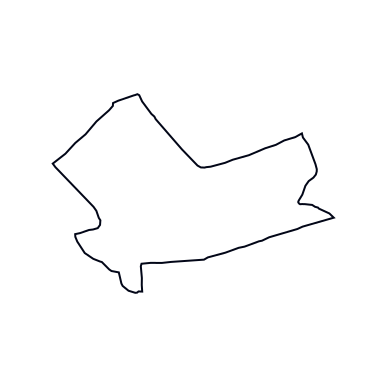 San José Acatempa, Jutiapa, Guatemala, rotated 313°
{"feature_id": "79465075B89624307194233", "entity_name": "San José Acatempa", "entity_type": "district", "adm_level": 2, "iso_a3": "GTM", "parent_name": "Guatemala", "parent_adm1": "Jutiapa", "projection": "robinson", "projection_center": [-90.143, 14.268], "detail": "fine", "context": "isolated", "style": "outline", "palette": "ink", "viewbox_px": 384, "rotation_deg": 313, "n_neighbors": 0, "source": "geoboundaries", "source_scale": "gbopen_adm2", "svg_char_len": 1339}
<svg xmlns="http://www.w3.org/2000/svg" viewBox="0 0 384 384"><g transform="rotate(313 192 192)"><path d="M81.5,135.3L79.6,137.3L77.5,141.9L74.2,155.2L75.8,165.4L78.5,172.3L79.3,173.8L78.9,184.3L79.3,187.0L83.3,193.3L76.9,202.8L76.0,205.4L76.5,212.9L79.6,219.3L81.0,220.5L82.8,220.7L85.2,223.5L89.7,218.7L94.9,214.0L102.8,205.2L105.1,204.0L112.1,210.2L119.4,218.2L126.5,224.3L150.7,246.9L155.0,248.2L170.4,257.8L183.0,264.2L187.9,267.7L201.6,274.6L204.1,276.4L211.5,279.3L236.8,294.3L242.1,296.5L269.9,313.2L270.0,307.1L266.4,296.2L266.5,294.7L265.1,292.1L264.5,288.7L260.0,282.7L258.1,280.6L256.8,279.4L256.6,278.5L256.7,277.5L257.1,276.5L258.5,275.9L265.3,274.5L273.9,270.7L279.6,269.9L285.3,271.0L289.2,270.7L292.1,269.2L293.8,267.7L296.5,263.4L305.9,244.7L307.5,236.0L309.8,232.4L302.6,230.1L292.6,224.3L283.7,221.2L273.9,215.7L257.7,208.5L243.4,199.8L235.9,196.3L223.6,188.6L222.9,188.1L219.8,185.4L218.5,184.6L216.0,181.7L215.1,178.0L216.3,155.7L220.5,115.8L221.5,113.0L221.4,109.1L224.2,93.8L226.8,87.4L226.3,85.4L225.4,84.9L224.3,84.4L222.9,83.5L208.5,75.8L203.2,73.6L201.0,75.4L195.2,75.6L178.4,74.0L161.6,74.8L148.3,73.2L133.6,73.3L117.8,70.8L117.0,75.1L114.0,130.1L113.0,134.9L109.5,141.5L108.8,144.3L105.2,147.2L101.3,147.7L97.1,145.2L94.0,142.6L85.5,138.1L81.5,135.3Z" fill="none" stroke="#020617" stroke-width="2"/></g></svg>